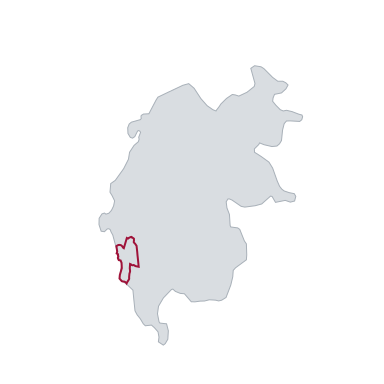 location of Neuchâtel within Switzerland, rotated 304°
{"feature_id": "CHE-161", "entity_name": "Neuchâtel", "entity_type": "Canton", "adm_level": 1, "iso_a3": "CHE", "parent_name": "Switzerland", "parent_adm1": "", "projection": "albers", "projection_center": [6.837, 47.007], "detail": "fine", "context": "in_parent", "style": "outline", "palette": "rose", "viewbox_px": 384, "rotation_deg": 304, "n_neighbors": 0, "source": "natural_earth", "source_scale": "10m", "svg_char_len": 3422}
<svg xmlns="http://www.w3.org/2000/svg" viewBox="0 0 384 384"><g transform="rotate(304 192 192)"><path d="M273.4,123.6L275.3,124.7L280.0,128.7L279.2,135.7L274.4,147.1L272.0,156.3L271.9,163.3L272.6,166.6L273.5,166.5L278.4,166.8L280.9,166.7L288.9,168.3L295.4,170.9L296.7,173.7L297.7,177.2L305.4,181.8L314.3,184.6L317.2,183.5L327.4,171.6L331.7,173.3L334.4,179.2L334.5,182.5L332.1,194.7L331.8,201.2L334.6,205.3L335.0,208.7L334.4,211.8L330.1,212.2L324.2,210.8L319.1,205.8L315.4,206.6L312.3,208.1L310.8,213.1L309.6,219.1L310.2,222.3L312.6,224.7L314.6,230.0L316.2,236.9L317.3,240.1L316.3,241.6L313.3,242.6L310.7,241.8L305.9,233.7L303.7,230.6L300.2,230.2L294.1,232.4L284.7,237.4L280.9,237.6L277.6,236.7L274.4,232.9L271.5,225.3L270.5,220.6L268.7,220.8L262.6,219.6L259.9,221.6L260.1,229.4L259.8,239.1L256.9,245.5L248.7,256.6L245.7,261.4L244.6,264.8L244.4,267.8L245.8,272.9L247.8,277.7L246.4,280.5L241.9,282.1L238.6,279.2L237.2,274.0L230.1,267.0L233.1,260.9L232.5,259.4L221.1,256.5L216.0,252.1L209.0,244.2L207.6,240.8L207.7,229.7L207.2,227.0L206.3,225.7L203.0,225.8L198.4,229.8L194.3,235.6L185.6,242.3L184.7,243.7L187.8,250.0L187.7,252.5L180.7,262.8L179.4,266.1L170.4,272.6L166.2,275.0L153.6,270.5L150.1,270.0L144.5,273.2L136.5,276.2L123.6,279.2L118.9,277.1L116.6,275.0L115.5,272.0L112.3,266.6L108.6,263.3L106.1,259.8L102.7,256.0L100.6,252.8L103.4,242.6L101.4,239.0L100.3,233.8L100.8,230.4L99.7,229.5L88.2,227.5L78.6,228.1L71.7,231.5L66.1,237.1L65.4,238.3L65.7,239.3L68.5,244.6L63.7,250.0L56.4,254.3L51.3,254.6L49.0,253.8L49.0,247.9L53.2,245.8L57.1,242.0L58.5,236.6L59.0,232.8L55.0,228.1L55.5,225.3L58.0,220.0L59.5,215.2L61.6,211.2L69.6,204.5L77.6,197.9L78.8,190.7L79.4,182.0L80.6,179.9L91.3,174.8L94.0,172.7L95.3,169.8L103.7,160.0L112.0,150.4L113.7,147.1L115.1,145.2L115.0,143.6L114.0,142.4L110.1,141.6L108.7,138.6L113.0,133.1L118.3,129.7L123.5,129.6L125.6,131.2L125.5,133.0L127.8,134.9L131.7,135.5L136.6,134.8L141.4,132.8L144.3,127.8L146.0,124.1L153.6,119.9L158.7,121.9L173.1,122.3L183.6,121.0L190.1,118.0L198.2,117.9L203.7,119.4L204.6,119.1L206.1,118.7L207.6,117.2L212.7,116.0L213.3,114.7L213.1,113.4L212.1,112.8L205.9,113.6L203.4,112.6L202.8,110.3L204.7,106.2L209.3,102.8L213.2,101.9L216.0,102.7L223.1,108.7L224.7,108.8L225.7,107.7L227.1,107.1L229.5,108.2L232.3,111.9L232.7,112.5L248.1,110.8L251.6,110.7L262.3,117.0L273.4,123.6Z" fill="#d9dde1" stroke="#a8b0b8" stroke-width="1"/><path d="M79.7,188.9L79.9,188.4L80.0,187.1L79.9,186.1L79.0,184.4L78.8,183.6L79.7,180.3L82.8,178.6L89.6,176.4L93.9,173.2L95.3,171.1L94.6,169.4L95.4,167.9L96.0,167.3L97.6,166.8L97.8,166.2L98.1,166.0L99.0,165.5L98.9,163.9L100.8,163.3L104.8,159.6L105.6,159.9L106.9,160.6L107.6,161.5L108.0,162.3L108.1,162.8L108.2,163.2L108.1,163.8L107.9,165.0L107.7,165.3L107.5,165.5L107.4,165.6L107.3,166.3L107.3,166.9L117.1,163.8L117.5,163.7L117.6,165.0L118.4,165.2L120.3,166.3L120.8,166.7L121.0,167.1L120.9,167.3L120.7,167.5L120.6,167.8L120.7,168.1L120.8,168.3L120.9,169.1L120.9,169.3L120.9,169.6L120.8,169.9L120.7,170.1L120.3,170.3L120.1,170.4L119.7,170.8L118.1,171.6L117.8,171.8L117.6,172.3L117.3,173.8L117.0,174.5L116.4,176.1L111.7,180.1L109.2,182.1L107.2,183.8L100.2,189.6L99.2,187.2L99.1,186.9L98.9,186.3L99.0,185.4L98.9,184.9L98.8,184.4L98.2,184.0L97.9,183.5L97.7,182.9L97.9,182.0L97.7,180.9L93.9,183.1L92.2,184.6L91.3,185.2L89.3,185.8L86.2,187.5L85.3,188.2L84.7,188.5L84.2,188.6L80.9,188.7L79.7,188.9Z" fill="none" stroke="#9f1239" stroke-width="2"/></g></svg>